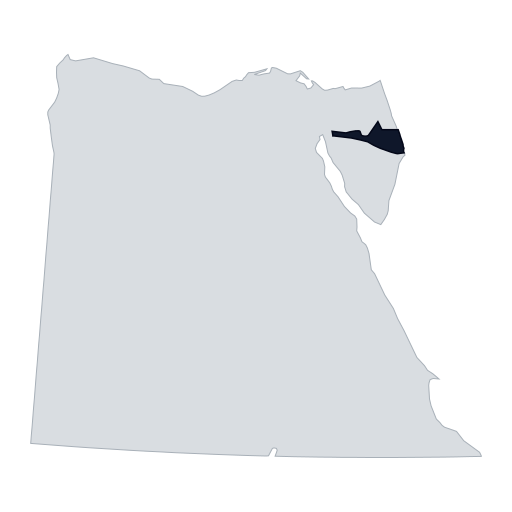 Nakhl, Shamal Sina', Egypt (highlighted)
{"feature_id": "37247803B50825531526089", "entity_name": "Nakhl", "entity_type": "district", "adm_level": 2, "iso_a3": "EGY", "parent_name": "Egypt", "parent_adm1": "Shamal Sina'", "projection": "albers", "projection_center": [34.247, 29.91], "detail": "fine", "context": "in_parent", "style": "filled", "palette": "ink", "viewbox_px": 512, "rotation_deg": 0, "n_neighbors": 0, "source": "geoboundaries", "source_scale": "gbopen_adm2", "svg_char_len": 3780}
<svg xmlns="http://www.w3.org/2000/svg" viewBox="0 0 512 512"><path d="M481.3,456.4L468.8,456.6L456.4,456.9L444.0,457.1L431.5,457.2L419.1,457.3L406.6,457.4L394.2,457.5L381.7,457.5L369.3,457.5L356.9,457.4L344.4,457.4L332.0,457.2L319.5,457.1L307.1,456.9L294.7,456.7L282.2,456.4L275.1,456.2L276.4,452.7L277.2,450.2L276.4,448.4L274.0,447.9L272.4,448.4L268.5,455.8L266.6,456.0L262.2,455.9L247.7,455.5L233.2,455.0L218.7,454.5L204.2,453.9L189.8,453.3L175.3,452.7L160.8,451.9L146.4,451.2L131.9,450.4L117.4,449.5L103.0,448.6L88.5,447.7L74.1,446.7L59.6,445.6L45.2,444.5L30.7,443.4L31.4,434.4L32.2,425.4L32.9,416.4L33.6,407.4L34.4,398.3L35.1,389.3L35.8,380.3L36.5,371.3L37.3,362.3L38.0,353.2L38.7,344.2L39.5,335.1L40.2,326.1L40.9,317.1L41.7,308.0L42.4,299.0L43.1,289.9L43.9,280.9L44.6,271.8L45.3,262.8L46.0,253.7L46.8,244.6L47.5,235.6L48.2,226.5L49.0,217.4L49.7,208.4L50.4,199.3L51.2,190.2L51.9,181.2L52.6,172.1L53.4,163.0L54.1,153.9L53.9,152.2L52.5,145.9L51.4,137.9L50.2,128.1L50.2,125.0L47.8,114.8L47.8,112.0L48.7,110.0L54.7,102.1L56.6,98.2L58.3,93.4L59.1,89.5L58.0,83.3L56.7,77.7L56.5,72.1L56.7,66.6L59.7,63.1L63.2,59.8L64.5,57.8L66.6,55.5L68.0,54.5L70.2,59.6L75.6,60.9L93.5,57.8L112.6,63.6L123.3,66.0L139.6,70.8L149.3,78.1L152.0,79.1L159.3,79.3L163.8,83.6L182.7,86.5L192.7,91.3L198.3,95.1L201.7,96.3L204.7,96.2L208.9,95.1L214.2,92.9L220.0,89.7L232.1,81.4L236.3,80.0L239.0,80.5L242.3,80.5L243.7,78.2L245.5,76.7L246.7,74.8L248.5,72.7L254.6,72.3L266.9,68.8L265.5,70.6L254.3,74.5L259.0,75.2L263.9,73.9L269.5,73.1L270.6,71.3L271.4,68.0L272.5,67.5L276.3,68.2L287.6,73.8L290.4,73.9L298.5,71.3L300.3,70.7L302.8,72.3L308.7,79.0L306.6,78.8L300.3,73.1L299.7,75.8L296.0,80.7L300.5,82.9L304.1,83.8L306.1,86.5L307.3,89.0L310.9,88.0L313.6,84.7L312.3,82.9L311.4,80.9L312.6,80.9L315.1,82.5L322.2,88.9L324.7,90.3L327.5,90.1L333.4,88.4L335.1,88.7L343.0,86.5L343.9,88.2L345.2,89.9L351.6,88.0L361.6,88.1L369.8,86.1L379.3,81.1L380.1,80.4L380.6,81.6L381.7,85.0L384.6,93.7L387.1,100.4L390.2,109.8L391.2,113.4L391.6,115.9L396.2,126.2L398.9,134.7L400.9,141.6L403.7,151.6L405.0,155.1L403.0,157.0L399.1,163.5L394.9,184.3L388.9,200.6L388.2,210.7L387.2,214.4L384.3,219.6L380.8,224.6L374.5,222.0L364.3,213.1L358.4,204.6L352.1,199.2L346.2,191.9L344.6,186.7L344.7,183.4L342.2,175.2L340.3,171.4L333.1,162.6L331.1,158.0L329.5,156.0L327.9,153.0L325.5,141.8L322.7,134.6L319.4,136.5L320.0,139.5L317.1,143.6L315.3,148.4L316.5,152.4L322.4,158.4L323.5,161.1L324.8,166.8L324.5,174.5L325.4,177.1L329.8,182.9L331.4,186.3L332.3,189.2L333.7,191.9L338.1,196.9L344.4,206.5L350.5,212.9L354.8,216.0L356.7,219.1L357.0,227.1L356.7,230.9L360.5,238.1L361.9,241.7L365.7,244.7L367.4,248.1L369.0,253.5L371.3,269.8L374.6,273.7L384.8,295.1L393.4,308.5L397.6,318.6L404.1,330.8L416.9,357.5L424.5,365.7L427.5,370.3L433.0,373.9L439.0,379.0L433.3,378.5L431.9,378.9L430.0,379.8L429.0,382.9L428.7,385.5L429.5,399.0L431.1,405.9L436.3,419.0L440.1,422.8L442.0,425.3L444.5,427.2L456.5,431.4L463.7,440.7L479.6,452.3L481.2,455.6L481.3,456.4Z" fill="#d9dde1" stroke="#a8b0b8" stroke-width="1"/><path d="M332.9,136.0L333.7,135.9L351.4,138.0L360.6,140.0L367.7,141.8L372.7,144.7L374.2,145.5L380.3,148.3L391.0,152.1L396.2,153.5L397.7,153.7L400.2,153.3L404.1,152.8L403.8,152.3L403.6,151.6L403.6,151.1L403.6,150.5L403.6,150.0L403.6,149.7L403.8,148.9L403.9,148.6L403.9,148.1L403.6,147.4L403.3,146.6L403.1,146.1L403.1,145.2L403.0,144.3L402.9,144.0L402.3,142.2L401.8,140.7L401.6,140.1L401.3,139.1L401.0,138.4L400.6,137.2L400.3,136.3L399.9,135.0L399.9,134.7L399.2,132.7L398.4,130.4L398.2,129.7L381.9,129.7L377.9,121.6L368.4,135.4L367.1,136.0L365.1,136.2L363.8,136.0L362.6,135.8L361.4,135.2L360.8,133.6L360.0,131.4L359.0,130.8L355.5,130.9L350.1,131.8L346.5,132.8L345.6,132.9L332.1,131.3L332.5,133.3L332.9,136.0Z" fill="#0f172a" stroke="#020617" stroke-width="1.5"/></svg>